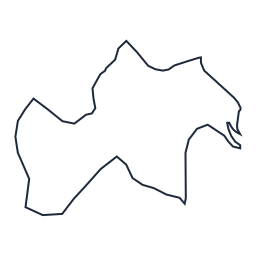 SVG path tracing the border of Neftçala
{"feature_id": "AZE-1710", "entity_name": "Neftçala", "entity_type": "District", "adm_level": 1, "iso_a3": "AZE", "parent_name": "Azerbaijan", "parent_adm1": "", "projection": "albers", "projection_center": [49.135, 39.338], "detail": "fine", "context": "isolated", "style": "outline", "palette": "slate", "viewbox_px": 256, "rotation_deg": 0, "n_neighbors": 0, "source": "natural_earth", "source_scale": "10m", "svg_char_len": 972}
<svg xmlns="http://www.w3.org/2000/svg" viewBox="0 0 256 256"><path d="M200.9,57.4L201.0,62.9L204.2,70.6L234.2,97.9L238.0,102.6L240.6,108.0L240.4,109.8L238.9,111.3L237.0,125.1L237.4,129.3L240.1,134.1L236.2,132.0L233.2,129.4L231.0,126.3L229.2,122.7L227.2,122.8L228.4,128.9L231.1,135.7L235.1,141.6L240.2,145.2L240.2,148.3L232.9,146.5L228.3,141.5L224.2,135.6L207.7,124.7L197.0,128.8L188.8,139.6L185.5,152.8L185.8,198.2L184.7,203.7L179.6,197.8L166.3,194.5L153.8,188.1L142.5,184.8L132.6,178.1L126.2,164.6L116.8,156.5L100.7,169.0L86.1,185.4L73.5,199.1L62.2,213.9L42.7,215.1L25.5,207.2L29.2,178.9L17.8,152.6L15.4,136.7L17.9,120.9L25.2,109.2L33.5,98.6L48.1,109.6L62.4,121.2L74.4,123.6L85.9,114.8L91.9,113.4L95.3,108.2L93.5,98.6L92.5,88.3L100.3,74.2L101.7,73.2L105.0,70.8L106.0,68.3L115.1,59.7L117.1,53.1L118.3,48.6L126.3,40.9L137.0,52.2L148.1,65.7L155.2,69.2L162.8,70.6L168.6,69.5L174.3,65.5L186.6,61.5L199.0,57.7L200.9,57.4Z" fill="none" stroke="#1e293b" stroke-width="2"/></svg>